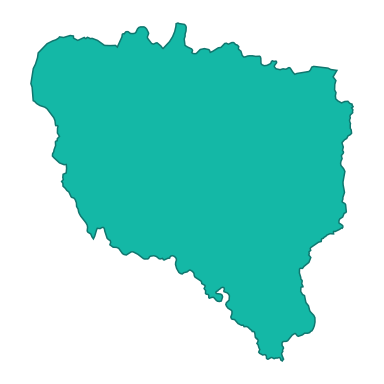 Andramasina, Analamanga, Madagascar (Mercator projection)
{"feature_id": "10022922B11040894453097", "entity_name": "Andramasina", "entity_type": "district", "adm_level": 2, "iso_a3": "MDG", "parent_name": "Madagascar", "parent_adm1": "Analamanga", "projection": "mercator", "projection_center": [47.78, -19.337], "detail": "fine", "context": "isolated", "style": "filled", "palette": "teal", "viewbox_px": 384, "rotation_deg": 0, "n_neighbors": 0, "source": "geoboundaries", "source_scale": "gbopen_adm2", "svg_char_len": 5894}
<svg xmlns="http://www.w3.org/2000/svg" viewBox="0 0 384 384"><path d="M123.2,33.7L122.3,34.3L121.9,37.0L117.3,47.1L115.5,45.4L110.1,45.6L104.5,45.4L97.5,40.4L92.3,38.4L89.9,38.6L89.0,37.9L87.4,37.3L85.9,38.6L85.2,38.5L84.5,37.5L84.1,37.5L77.8,40.4L73.6,38.2L73.4,36.0L70.2,35.5L63.6,37.5L59.5,36.9L58.7,38.0L55.9,39.8L52.7,40.9L47.1,43.7L38.2,52.9L37.5,57.7L35.5,64.1L33.3,68.5L30.9,83.7L32.1,87.1L33.2,100.7L34.6,101.4L36.6,103.5L39.8,105.5L44.9,107.2L47.1,108.8L53.8,117.7L55.0,120.7L55.5,125.0L55.9,125.7L57.6,125.6L58.0,126.4L57.5,128.3L57.4,133.0L59.5,136.3L57.3,138.7L57.2,140.7L56.1,141.0L55.4,141.8L55.6,145.6L54.1,149.7L53.7,151.9L52.6,153.7L52.4,156.0L53.9,157.7L59.5,162.9L64.1,164.7L66.3,164.5L66.6,168.3L66.2,172.9L63.1,174.3L62.8,177.5L63.3,179.6L61.6,181.5L62.9,183.2L63.0,186.2L65.3,188.3L66.8,190.4L68.9,192.0L71.1,196.8L72.0,197.5L73.7,197.9L75.1,199.4L76.4,202.8L76.6,206.5L78.1,209.1L78.6,211.8L79.2,213.4L80.7,216.1L85.8,222.6L87.2,225.1L87.6,227.3L87.2,230.6L87.4,231.5L88.0,232.3L90.7,233.9L92.0,236.9L93.4,238.9L94.7,236.2L96.6,229.7L97.3,228.3L100.1,228.6L102.0,227.5L103.2,227.4L104.3,228.4L104.8,231.1L107.1,238.2L108.5,239.6L110.2,240.5L110.7,242.3L109.9,244.8L113.1,247.2L116.6,247.4L118.7,248.3L122.5,253.6L124.0,254.5L126.3,255.0L131.2,251.9L133.0,251.8L137.9,254.3L143.4,258.6L144.4,259.0L147.9,258.9L148.7,258.3L149.5,256.9L150.4,256.2L153.9,255.7L156.4,256.5L159.2,258.8L160.4,258.9L162.5,258.4L163.4,259.7L164.1,260.0L167.8,258.3L169.6,258.1L169.8,257.2L171.1,255.9L172.6,255.7L173.8,256.1L175.4,257.3L176.3,258.7L176.4,260.3L175.7,262.2L175.5,264.4L176.6,268.4L178.9,272.4L180.4,273.5L182.2,274.0L183.8,272.7L187.1,271.9L189.4,270.1L190.5,270.2L192.5,271.5L193.9,273.2L194.3,275.8L195.0,277.1L200.9,281.0L201.4,281.7L201.8,283.6L204.9,285.4L205.1,286.4L204.1,288.6L205.6,290.5L205.5,293.4L206.3,294.2L207.8,294.4L208.5,294.9L208.7,295.5L208.8,297.6L209.3,298.2L211.9,297.4L213.1,297.3L213.9,297.6L216.3,300.4L217.5,301.2L219.4,301.5L221.3,301.0L222.6,296.9L222.1,295.1L220.8,294.1L216.5,293.5L216.0,293.0L215.9,292.2L216.5,291.4L217.9,290.8L218.3,290.0L219.8,289.1L221.3,287.7L222.8,287.3L223.9,287.7L224.4,289.0L223.8,291.0L224.0,291.7L227.3,292.9L228.6,294.2L229.4,295.8L229.1,300.1L226.4,302.7L225.8,304.5L226.5,306.2L228.0,308.2L231.2,310.2L232.0,311.3L231.9,314.0L230.8,317.0L231.4,318.7L232.1,319.2L234.6,319.6L238.1,323.6L241.5,325.3L243.2,325.2L244.1,326.7L246.4,326.5L247.8,327.0L250.4,329.5L251.6,330.3L252.2,331.5L253.5,331.5L254.4,332.0L254.9,333.7L255.3,337.3L256.4,338.6L256.6,338.3L257.2,338.8L258.1,340.3L258.0,341.4L256.9,343.5L258.0,344.6L258.9,347.7L259.8,349.5L258.7,352.1L259.6,353.3L262.7,355.0L264.8,354.6L265.6,354.9L266.4,356.3L266.5,358.3L267.4,359.1L268.3,359.1L271.1,357.5L272.1,357.6L274.1,358.7L275.7,358.0L277.1,358.1L279.2,357.5L280.3,358.2L280.8,360.0L282.2,361.0L283.6,359.1L282.9,358.1L283.0,357.6L282.3,356.2L281.6,353.8L281.8,352.9L282.8,351.4L282.5,350.0L283.5,348.2L283.3,347.2L282.1,345.6L282.0,343.2L282.5,342.1L283.7,341.4L286.0,341.4L287.6,340.8L292.2,335.1L294.8,333.5L295.5,333.6L297.3,335.8L298.3,336.3L302.4,334.9L304.6,333.2L307.7,333.2L309.7,332.6L310.5,331.5L311.9,330.8L313.2,328.7L314.3,325.8L315.0,322.0L314.9,317.7L313.8,315.4L310.5,311.9L309.7,310.6L308.5,305.8L305.9,302.5L304.5,295.6L302.5,294.5L300.7,291.4L300.9,287.7L301.3,287.0L302.9,286.9L303.0,286.4L301.7,283.8L302.2,281.0L302.0,280.3L300.9,279.1L300.7,277.2L299.4,273.0L299.5,269.1L300.2,268.3L302.5,268.4L304.0,266.4L308.8,262.5L309.1,261.9L310.8,257.5L308.7,254.9L309.2,254.0L309.0,251.8L310.7,250.4L310.2,248.6L310.7,247.6L318.5,242.2L321.2,241.5L321.5,239.3L322.1,238.6L323.3,238.3L324.5,236.9L325.6,236.5L326.9,235.1L329.9,233.7L333.6,233.9L333.4,231.8L333.7,231.4L335.2,231.5L339.6,229.4L341.7,227.9L342.2,228.2L342.9,227.1L342.8,225.9L341.9,224.9L339.1,223.1L338.9,222.2L339.0,220.5L339.8,218.9L342.7,217.0L344.1,213.4L345.9,212.5L346.3,211.8L345.6,204.7L344.9,203.6L342.4,202.1L342.1,201.4L342.9,199.0L342.8,197.7L344.5,192.4L343.1,184.6L343.0,181.9L344.9,171.4L343.6,168.7L340.9,165.4L340.6,163.1L341.0,161.1L342.1,158.7L341.4,155.8L342.0,154.7L343.2,153.3L343.5,152.3L343.3,151.5L342.5,150.5L343.3,147.0L342.1,143.4L342.1,142.5L344.5,139.8L346.7,138.5L348.0,135.9L350.4,134.6L351.6,133.2L351.2,129.9L350.3,128.4L350.2,124.9L350.5,123.5L349.8,122.0L349.5,120.1L350.3,117.9L349.9,116.3L350.3,115.0L352.7,112.7L352.5,111.5L352.9,109.8L351.6,107.9L352.9,107.0L353.1,106.5L352.1,105.5L352.1,104.2L349.7,103.3L347.9,101.3L344.8,101.5L341.5,102.9L337.9,100.9L335.6,98.7L335.6,96.9L335.3,96.3L336.0,92.6L334.6,89.9L334.8,84.3L335.9,80.6L333.1,76.9L336.9,70.4L330.7,69.5L328.0,68.1L313.7,66.4L311.8,67.1L310.3,70.2L308.9,71.5L296.7,73.5L294.8,74.3L292.8,72.1L290.3,68.2L289.6,67.7L288.5,67.7L286.7,68.9L285.4,69.2L283.1,68.8L280.1,69.7L276.0,68.8L274.4,66.9L274.3,66.3L274.7,65.2L276.6,62.7L276.4,61.4L275.9,61.1L273.9,61.4L272.4,60.8L271.5,61.4L270.9,63.1L270.0,63.9L266.9,65.4L264.1,65.7L262.0,64.7L261.0,63.5L260.8,58.3L260.4,56.9L259.6,56.2L255.7,56.4L252.5,55.8L249.5,55.8L247.7,56.0L245.2,56.9L243.7,57.0L242.2,55.4L240.9,51.2L238.6,49.3L238.4,48.5L238.7,46.5L237.2,45.0L235.6,44.5L234.0,42.8L233.2,42.5L231.7,42.6L228.4,44.2L226.3,43.2L224.7,43.5L221.0,47.4L218.3,47.8L212.9,51.2L210.3,52.4L209.5,50.3L208.8,49.6L204.4,48.6L200.2,49.5L196.3,53.5L195.0,53.7L193.0,53.5L191.8,52.6L192.5,50.8L192.5,50.2L191.6,48.9L187.5,47.0L185.0,45.4L184.2,39.0L185.1,36.3L185.1,34.1L186.0,31.0L186.2,27.1L185.5,25.4L184.4,24.4L178.8,23.5L178.0,23.0L176.1,23.7L175.9,26.4L174.7,31.6L172.6,36.7L169.5,41.7L163.1,48.5L162.6,48.3L160.7,45.8L157.2,42.9L156.1,42.9L153.5,44.1L151.6,43.5L147.5,38.1L147.4,36.7L148.6,33.6L148.4,32.6L146.7,29.2L145.4,27.7L144.0,26.9L140.5,26.9L138.8,27.5L137.5,28.9L135.8,32.5L134.7,33.3L133.0,33.6L130.5,33.5L128.1,31.7L126.9,31.6L125.7,31.9L124.2,33.8L123.2,33.7Z" fill="#14b8a6" stroke="#0f766e" stroke-width="1.5"/></svg>